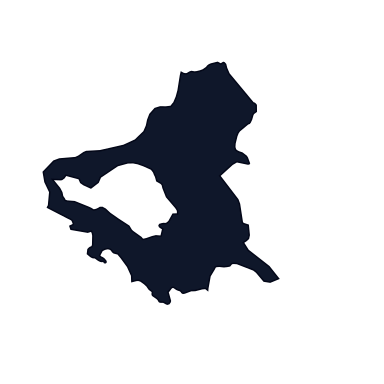 SVG path tracing the border of Sankt Gallen, rotated 223°
{"feature_id": "CHE-167", "entity_name": "Sankt Gallen", "entity_type": "Canton", "adm_level": 1, "iso_a3": "CHE", "parent_name": "Switzerland", "parent_adm1": "", "projection": "natural_earth1", "projection_center": [9.275, 47.209], "detail": "fine", "context": "isolated", "style": "filled", "palette": "ink", "viewbox_px": 384, "rotation_deg": 223, "n_neighbors": 0, "source": "natural_earth", "source_scale": "10m", "svg_char_len": 3510}
<svg xmlns="http://www.w3.org/2000/svg" viewBox="0 0 384 384"><g transform="rotate(223 192 192)"><path d="M287.2,82.2L287.7,84.3L296.0,95.0L306.4,99.1L314.4,105.2L314.2,120.3L311.5,125.7L300.7,137.6L299.4,140.7L298.0,147.0L296.9,149.5L287.4,159.4L278.4,172.6L273.8,179.4L271.6,184.7L268.9,191.4L268.7,196.1L268.3,203.4L270.4,209.3L271.2,210.7L273.5,214.5L275.8,220.2L276.0,227.8L273.3,232.5L269.0,236.4L265.8,240.2L266.1,243.5L266.1,244.9L268.3,250.9L271.4,256.8L279.9,269.4L281.5,272.2L279.4,272.7L277.7,273.6L276.4,274.9L275.4,278.2L274.6,279.7L272.0,281.4L270.6,283.0L268.6,286.0L267.2,288.8L266.3,293.0L266.5,294.7L266.2,296.6L265.4,298.5L261.7,304.2L258.2,305.2L257.4,308.1L256.5,308.5L254.5,308.3L251.3,306.2L245.6,303.7L208.0,298.9L206.8,299.5L205.3,299.5L204.3,299.3L199.9,294.7L200.5,291.4L200.2,290.0L198.0,285.7L197.0,282.6L196.9,281.3L197.5,280.2L197.7,279.3L199.0,269.0L198.6,266.5L197.4,263.4L193.7,256.8L191.4,254.0L189.1,252.6L187.1,252.7L185.0,253.3L181.9,254.7L176.6,255.2L174.8,254.7L169.6,252.1L169.5,251.4L170.2,250.6L179.9,244.7L181.4,239.7L182.8,222.7L153.3,217.7L149.1,215.6L134.4,204.0L132.8,204.0L128.3,206.1L120.8,199.5L119.0,196.5L119.0,195.6L119.2,193.4L120.0,190.0L111.2,187.7L84.9,190.0L69.6,187.7L73.4,179.4L78.6,175.9L90.1,177.3L93.8,177.0L110.3,170.4L112.9,168.3L114.2,166.7L114.0,163.7L115.6,161.5L117.7,159.1L121.3,156.4L123.0,154.6L123.9,153.2L123.1,150.4L121.5,142.8L114.8,132.4L113.6,130.9L116.4,130.7L118.7,128.1L122.6,122.0L125.4,119.3L128.5,113.1L129.5,111.8L130.8,111.5L131.8,111.8L132.8,111.8L133.9,111.6L135.2,110.9L136.6,110.4L138.1,110.1L140.0,109.9L141.0,109.3L141.6,108.5L141.7,107.3L141.3,103.6L141.3,102.4L133.5,97.6L132.9,96.4L132.7,94.6L133.6,93.1L135.3,92.5L136.8,92.2L138.0,91.8L140.3,89.7L141.3,89.5L143.5,90.2L145.2,90.2L150.0,89.5L150.9,89.7L151.7,90.4L152.2,91.2L152.9,91.9L153.7,92.0L156.2,91.7L157.3,91.7L160.8,92.5L164.3,92.5L168.9,91.9L171.1,90.8L172.4,89.4L174.9,85.5L179.1,89.7L188.2,93.5L199.1,95.6L204.1,96.2L205.2,95.5L207.7,94.2L209.3,94.1L211.7,94.6L213.6,94.1L215.1,93.1L216.1,91.7L216.8,90.6L217.8,87.9L216.4,82.6L215.5,82.3L214.3,82.3L212.8,82.8L211.1,83.1L208.1,82.8L207.1,82.2L207.0,81.3L207.5,80.8L208.0,80.6L208.6,80.9L209.1,80.9L209.8,80.6L210.7,79.6L211.8,78.9L213.5,78.4L215.1,78.1L217.4,77.9L218.2,77.7L219.6,76.5L220.9,76.0L222.3,75.7L226.3,75.5L228.9,79.1L228.9,80.6L228.7,81.9L227.8,83.8L228.5,85.5L234.7,92.5L237.1,94.2L239.0,94.8L240.9,91.5L255.1,82.2L258.0,83.8L256.7,87.1L257.0,87.6L257.3,88.1L260.1,89.4L261.1,89.5L262.4,89.2L265.0,88.4L287.1,82.2L287.2,82.2ZM269.1,140.4L267.2,135.0L268.7,126.0L276.2,123.5L279.8,123.0L283.7,124.7L295.7,118.3L295.2,115.1L295.7,112.5L296.3,111.6L302.7,106.0L291.3,104.4L287.0,102.9L286.1,102.3L284.2,100.9L283.4,100.5L281.0,100.0L280.4,99.8L279.8,99.4L278.6,99.5L277.1,100.2L271.3,104.8L257.3,110.2L254.9,111.0L251.6,111.7L250.1,113.9L249.2,116.0L248.7,117.9L247.1,119.5L243.7,120.4L237.5,120.4L227.5,121.8L214.9,124.0L210.3,122.7L208.3,122.7L198.3,124.0L195.8,123.7L194.8,124.7L193.4,126.8L190.6,132.1L188.5,135.3L185.0,138.1L184.6,138.8L188.2,145.1L191.0,144.5L192.2,144.5L193.2,145.0L193.5,146.2L192.3,148.2L191.4,149.4L189.5,151.1L189.0,152.5L188.8,154.8L190.8,162.8L187.5,166.1L189.6,168.3L190.8,168.9L193.3,169.5L207.3,171.1L215.9,175.2L218.8,177.1L219.6,177.1L220.6,177.2L225.3,176.1L229.0,178.4L231.4,179.3L233.4,180.3L235.8,180.8L237.6,180.9L245.5,178.2L251.0,175.8L255.0,173.3L258.9,169.5L264.4,160.6L269.1,140.4Z" fill="#0f172a" stroke="#020617" stroke-width="1.5"/></g></svg>